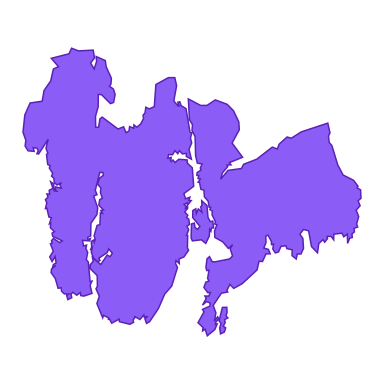 outline of Tysvær nor, Rogaland, Norway
{"feature_id": "86288312B7818860618631", "entity_name": "Tysvær nor", "entity_type": "district", "adm_level": 2, "iso_a3": "NOR", "parent_name": "Norway", "parent_adm1": "Rogaland", "projection": "albers", "projection_center": [5.664, 59.38], "detail": "fine", "context": "isolated", "style": "filled", "palette": "violet", "viewbox_px": 384, "rotation_deg": 0, "n_neighbors": 0, "source": "geoboundaries", "source_scale": "gbopen_adm2", "svg_char_len": 5952}
<svg xmlns="http://www.w3.org/2000/svg" viewBox="0 0 384 384"><path d="M28.1,150.8L34.1,151.4L33.3,147.7L36.9,148.1L38.3,150.7L36.9,153.7L38.6,154.0L48.2,139.2L46.0,148.2L47.8,153.3L46.5,154.5L47.7,164.5L50.1,165.7L49.3,168.0L52.7,173.4L51.5,176.1L53.8,178.1L54.3,182.5L57.0,185.0L61.4,182.7L59.9,184.8L61.3,188.2L55.7,186.9L55.3,189.6L56.8,191.2L54.1,190.8L53.7,184.0L50.7,181.8L52.9,188.3L49.2,190.3L49.6,194.3L46.9,193.9L48.0,197.0L45.4,199.7L46.8,202.8L45.4,208.6L46.9,208.3L48.9,217.0L51.3,217.7L49.4,223.8L50.6,223.2L50.4,227.8L54.4,231.6L52.1,233.1L52.6,236.2L62.2,240.9L59.7,242.6L53.4,238.4L51.5,240.7L52.1,243.2L50.4,243.8L53.3,251.2L49.7,256.9L52.1,261.6L55.1,256.5L56.1,262.9L53.4,264.5L52.7,267.0L55.9,265.5L51.5,269.0L51.1,272.6L55.3,278.6L58.1,288.3L61.2,287.8L61.5,291.2L64.3,293.9L68.8,294.0L66.7,295.4L67.8,299.6L71.8,297.7L71.0,294.6L72.7,292.2L76.8,295.2L80.3,292.6L80.8,295.6L83.9,296.1L92.0,293.4L90.1,285.3L92.0,281.1L90.1,281.6L88.3,262.0L86.3,259.7L87.7,252.5L85.9,248.5L86.6,245.1L83.5,245.9L82.5,240.4L89.6,240.9L90.4,238.5L87.8,239.6L87.7,237.3L90.7,235.9L90.9,223.3L96.9,214.6L97.7,207.9L93.7,196.1L97.0,194.7L95.3,190.3L99.8,172.4L102.9,172.5L103.4,175.3L99.5,178.2L97.5,184.0L100.9,188.1L100.4,192.4L102.3,198.3L99.7,199.7L98.8,205.2L103.5,210.0L100.8,210.5L102.5,213.3L100.4,212.9L99.9,224.6L97.1,225.4L94.1,235.7L95.2,239.4L94.3,242.1L93.8,240.0L91.3,241.4L91.7,247.0L90.3,250.3L92.6,246.1L91.3,252.2L93.4,257.8L97.8,262.0L100.0,260.4L98.8,258.3L107.3,252.5L108.7,248.8L112.3,253.2L110.0,256.7L107.2,255.0L100.8,264.5L92.5,257.7L93.2,261.4L90.3,264.6L90.2,268.6L97.2,275.6L97.4,286.2L96.0,288.9L99.3,296.1L96.9,303.6L102.7,317.8L103.5,315.4L108.2,317.6L109.3,318.8L107.7,319.5L109.5,319.1L111.7,323.2L119.2,319.1L119.4,321.7L129.9,324.3L133.6,322.3L133.1,320.0L135.3,317.1L134.2,316.2L139.9,319.5L143.8,315.0L144.3,317.2L147.7,316.4L144.9,318.8L146.5,323.4L149.6,321.7L158.4,308.6L164.7,294.1L171.7,286.1L177.5,267.5L175.5,263.4L176.0,260.6L179.3,263.5L179.0,259.0L183.9,257.0L188.6,250.3L187.4,247.7L187.7,235.5L186.5,235.4L188.7,229.7L186.9,226.2L189.5,224.5L188.8,219.2L186.6,217.6L187.8,215.2L184.7,212.0L187.6,208.4L187.7,206.3L186.6,208.4L185.4,208.4L186.1,206.5L184.1,204.3L187.2,202.8L187.4,205.4L191.2,200.6L188.8,200.5L189.9,197.2L185.5,198.8L183.9,193.6L193.7,186.3L192.3,167.8L187.5,163.3L187.1,159.9L178.8,159.3L175.0,162.5L173.0,160.0L171.2,161.6L170.2,159.9L171.0,159.3L171.2,157.4L167.8,158.2L168.6,154.6L172.6,154.7L174.9,150.7L177.8,153.7L179.5,150.7L182.4,153.9L186.4,153.4L186.3,156.5L191.4,159.2L189.0,149.3L191.7,142.9L190.5,138.2L191.7,132.9L190.0,132.1L186.0,108.6L181.1,105.6L179.8,101.8L177.7,102.3L179.0,105.9L177.9,105.9L173.8,101.0L176.6,85.7L174.8,77.6L168.4,77.6L155.9,84.5L154.3,106.6L149.2,108.9L145.8,107.2L145.0,113.0L143.1,115.1L143.5,118.6L140.7,123.9L136.9,127.2L133.9,124.9L133.8,128.2L129.6,126.6L129.0,131.0L126.1,132.7L123.6,126.8L118.0,129.0L102.2,117.1L99.9,118.9L98.6,127.2L95.7,127.2L95.5,116.3L98.2,106.7L98.3,94.5L101.5,94.6L110.4,103.6L113.6,102.5L115.1,94.5L113.5,89.2L109.4,86.1L110.9,84.3L111.4,78.3L106.2,66.8L105.3,60.6L96.2,56.5L96.6,61.4L94.2,69.0L90.6,63.0L94.5,58.0L93.2,50.1L78.5,50.9L71.6,48.2L69.0,53.8L51.3,58.3L58.5,66.7L53.4,69.0L50.7,80.9L44.0,90.6L42.2,101.2L30.1,103.0L24.8,115.0L23.0,132.2L25.8,140.3L25.1,146.1L28.1,150.8ZM188.3,98.9L189.5,119.8L192.5,124.7L192.0,130.4L195.1,136.7L195.6,155.7L197.3,163.1L202.1,164.0L200.3,168.0L200.9,170.1L197.1,172.6L196.9,175.4L198.8,175.7L198.0,178.5L200.4,178.9L198.1,182.2L199.5,182.5L200.9,189.3L203.9,190.1L204.4,196.8L208.2,201.3L209.1,207.2L210.7,207.2L209.9,209.6L212.3,211.0L212.1,214.9L215.4,221.5L214.8,224.0L216.9,224.7L214.5,231.2L214.9,237.5L222.7,241.8L228.3,248.4L232.7,244.6L230.2,248.8L232.5,256.0L229.7,258.9L214.8,261.9L212.1,261.6L209.5,256.6L207.0,258.9L205.9,267.5L206.8,270.6L209.0,270.1L207.6,278.3L208.9,281.1L205.8,282.2L203.9,287.4L207.8,292.7L210.3,292.5L208.8,296.1L204.9,296.0L206.2,298.5L202.5,305.1L206.5,301.6L210.1,303.0L210.0,306.0L202.5,309.4L204.0,311.9L198.0,322.7L203.0,327.5L202.6,330.9L205.1,329.2L207.3,335.8L214.8,329.6L217.2,323.9L215.4,324.3L215.9,322.0L219.0,318.8L217.6,316.8L214.4,321.1L215.9,312.8L213.2,305.4L221.4,293.2L227.7,292.0L226.9,290.4L229.9,284.4L233.7,288.4L242.2,283.7L257.1,269.9L259.0,261.3L262.5,261.5L266.0,253.9L270.2,253.8L268.4,249.4L263.8,248.0L266.0,242.6L265.8,236.1L267.9,235.1L271.4,241.3L271.5,244.6L273.5,244.1L272.8,249.0L275.3,252.9L278.5,252.0L281.0,246.3L286.0,245.8L286.8,248.6L292.2,249.8L292.0,255.6L296.2,259.0L297.3,254.0L301.0,254.0L303.5,248.4L302.9,238.5L299.9,234.1L303.5,229.5L308.6,230.8L311.5,246.6L317.5,252.8L318.8,243.5L323.0,239.7L324.7,242.2L327.5,238.6L327.1,236.4L331.1,236.4L333.7,239.8L333.8,234.2L341.9,233.2L343.8,236.8L347.3,234.1L347.6,243.4L349.7,238.2L352.3,237.5L352.0,233.9L354.5,231.8L354.0,228.4L357.7,227.0L356.6,224.0L358.7,216.5L356.2,210.2L360.1,205.7L358.1,200.8L361.0,198.3L360.6,189.9L357.1,187.8L358.0,186.2L353.6,180.3L343.1,175.0L337.8,165.0L331.9,145.6L329.2,142.4L328.5,136.1L330.0,132.9L327.8,123.1L301.2,131.9L291.3,138.2L287.1,137.0L279.2,144.1L277.3,149.0L272.3,147.1L256.7,159.2L243.6,164.3L241.5,168.5L228.0,170.4L220.7,179.2L222.3,173.1L227.7,166.6L227.0,165.1L231.0,164.8L229.4,162.6L242.6,157.3L232.1,143.0L239.3,129.8L238.8,121.9L233.5,110.7L227.1,104.3L215.3,99.9L207.0,105.4L200.6,105.4L188.3,98.9ZM207.0,205.5L201.7,200.7L201.9,205.6L200.7,206.8L201.8,212.1L198.3,208.9L196.3,213.6L195.8,208.8L192.8,210.5L192.7,217.5L199.9,226.4L197.5,229.4L195.1,227.5L194.3,223.1L191.5,223.9L191.1,238.0L192.4,240.9L201.3,239.8L205.8,243.4L209.3,236.0L209.7,229.3L210.9,231.2L211.4,228.1L213.6,227.9L212.8,221.1L210.3,221.6L208.0,217.5L207.0,205.5ZM226.8,307.3L222.4,307.4L219.1,320.8L221.0,323.4L219.7,327.9L220.5,333.9L224.3,332.1L225.7,327.9L223.3,326.2L225.2,322.5L224.6,319.6L227.9,317.9L226.0,315.9L227.1,312.4L226.8,307.3Z" fill="#8b5cf6" stroke="#5b21b6" stroke-width="1.5"/></svg>